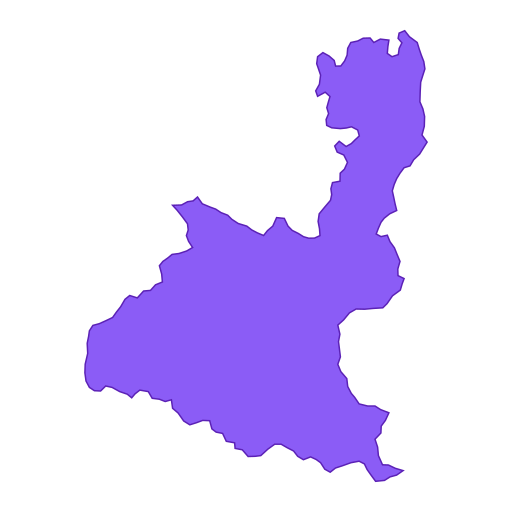 outline of Santa Luzia, Minas Gerais, Brazil
{"feature_id": "56859067B83544904508322", "entity_name": "Santa Luzia", "entity_type": "district", "adm_level": 2, "iso_a3": "BRA", "parent_name": "Brazil", "parent_adm1": "Minas Gerais", "projection": "mercator", "projection_center": [-43.827, -19.726], "detail": "fine", "context": "isolated", "style": "filled", "palette": "violet", "viewbox_px": 512, "rotation_deg": 0, "n_neighbors": 0, "source": "geoboundaries", "source_scale": "gbopen_adm2", "svg_char_len": 3163}
<svg xmlns="http://www.w3.org/2000/svg" viewBox="0 0 512 512"><path d="M235.1,448.4L242.3,449.8L248.1,456.5L255.1,456.3L260.8,455.6L267.8,449.2L274.7,444.2L281.1,444.2L287.2,447.7L293.6,451.0L297.7,456.3L303.4,459.7L310.6,456.9L316.2,459.5L320.6,462.7L324.8,469.2L330.2,472.2L335.5,468.0L342.0,465.9L351.0,462.7L359.1,461.2L364.4,463.9L367.1,469.5L370.9,474.9L375.6,481.3L384.5,480.4L390.0,476.9L396.6,475.1L403.1,470.6L395.3,468.3L388.4,465.0L382.5,464.8L378.4,455.6L377.6,447.1L375.0,439.2L380.9,433.0L381.2,426.1L385.4,420.4L388.9,412.8L380.6,409.6L375.0,406.0L367.6,406.0L359.1,403.9L354.7,397.4L351.3,393.4L347.7,386.5L346.8,378.6L340.8,371.6L337.8,364.3L340.4,356.9L339.4,348.7L338.5,341.6L339.9,334.2L337.8,325.1L343.6,319.9L349.4,312.9L356.1,309.0L364.6,309.2L373.4,308.4L382.8,307.8L387.0,303.7L392.5,295.8L400.3,290.1L402.2,283.7L404.1,278.6L398.0,275.6L397.8,269.0L400.0,261.4L396.9,254.0L394.4,247.8L390.0,241.7L387.3,235.2L381.0,236.6L376.2,234.0L378.4,228.2L381.0,222.3L384.2,218.2L389.7,213.8L396.7,210.5L395.0,203.5L393.7,197.2L392.3,190.8L394.2,184.4L396.7,178.6L400.0,173.2L404.1,167.7L410.0,165.9L413.7,159.7L419.6,154.1L423.4,148.0L427.1,142.1L422.0,135.0L424.3,126.3L424.6,116.5L422.9,108.9L419.9,101.8L420.2,91.8L420.7,82.2L423.0,74.8L424.9,68.9L423.8,61.6L421.1,54.6L419.3,49.3L417.2,42.5L409.4,36.7L404.7,30.7L399.1,33.1L398.1,38.4L401.9,42.8L399.2,48.3L398.3,54.6L392.0,56.7L387.3,53.4L387.9,46.4L388.9,40.1L380.3,39.1L373.8,42.5L370.1,38.0L363.2,38.2L357.7,41.0L350.8,42.5L347.7,48.3L347.1,55.2L344.6,61.0L340.8,66.0L335.6,66.1L334.2,60.5L329.1,56.0L322.9,52.6L317.6,56.7L316.7,63.7L318.5,68.9L320.6,75.1L319.4,84.3L315.7,90.9L317.6,96.3L325.2,92.2L330.0,96.5L328.4,101.9L326.8,107.7L328.6,113.6L326.1,119.5L326.7,125.4L331.7,127.8L340.4,128.6L346.3,128.0L351.5,126.8L357.7,130.0L359.3,135.9L355.1,139.8L351.3,143.6L346.1,146.5L339.2,141.3L334.7,146.0L337.2,152.1L343.8,155.0L347.5,162.4L344.4,169.2L340.2,173.2L340.0,181.2L332.5,182.6L330.9,188.8L331.7,194.6L330.5,200.3L324.8,207.0L319.2,213.8L318.1,221.4L319.5,228.8L320.0,235.6L314.5,238.1L308.7,238.2L303.5,236.7L298.4,233.5L292.2,230.4L288.0,226.1L284.3,218.4L276.6,217.6L272.8,226.1L267.5,230.6L263.6,235.5L257.2,232.8L251.7,229.9L246.8,226.1L238.2,223.5L231.8,219.3L227.7,215.2L221.0,212.6L215.7,209.1L210.2,207.1L202.3,203.8L197.5,197.0L193.1,200.9L187.6,201.7L181.5,205.0L172.6,205.3L177.1,210.2L182.5,217.0L187.5,223.8L188.2,230.0L186.4,235.6L188.6,241.4L192.6,247.5L186.6,251.0L179.0,253.5L172.1,254.4L167.6,258.1L162.9,261.4L159.4,265.7L161.7,274.1L162.4,282.0L155.5,284.8L150.5,290.4L143.6,291.0L137.3,297.9L129.7,295.5L125.0,299.3L120.7,306.7L116.5,312.0L112.6,317.5L105.9,320.7L99.2,323.7L92.9,325.4L89.4,330.8L88.6,336.4L87.2,343.3L87.7,353.4L85.2,364.2L84.9,372.8L86.0,381.0L89.4,387.4L94.4,390.7L100.6,391.0L105.7,386.0L112.1,387.4L119.7,391.6L127.3,394.2L131.7,397.8L135.0,393.9L139.8,390.1L148.3,391.6L152.2,398.3L159.3,399.2L165.2,401.5L171.4,399.8L172.6,408.3L178.1,413.0L183.7,421.0L189.8,424.8L196.5,422.7L202.7,420.4L209.7,420.7L211.9,428.9L216.1,432.1L222.6,433.4L226.3,441.3L234.6,442.8L235.1,448.4Z" fill="#8b5cf6" stroke="#5b21b6" stroke-width="1.5"/></svg>